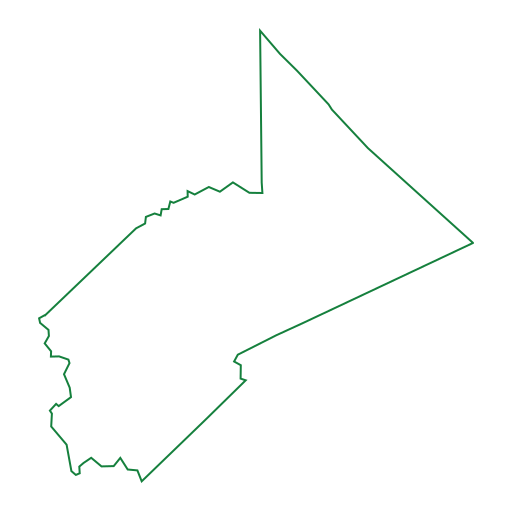 Stanislaus, California, United States of America
{"feature_id": "52423323B60811948646652", "entity_name": "Stanislaus", "entity_type": "district", "adm_level": 2, "iso_a3": "USA", "parent_name": "United States of America", "parent_adm1": "California", "projection": "robinson", "projection_center": [-121.179, 37.606], "detail": "fine", "context": "isolated", "style": "outline", "palette": "green", "viewbox_px": 512, "rotation_deg": 0, "n_neighbors": 0, "source": "geoboundaries", "source_scale": "gbopen_adm2", "svg_char_len": 925}
<svg xmlns="http://www.w3.org/2000/svg" viewBox="0 0 512 512"><path d="M367.9,148.1L331.9,109.6L328.6,104.4L297.0,70.7L280.0,53.9L260.1,30.7L261.7,182.6L262.4,193.0L249.4,192.8L232.9,182.4L219.9,191.7L208.8,187.0L194.7,194.5L187.6,191.1L187.7,196.7L173.6,202.8L170.3,201.5L168.4,209.0L161.7,209.2L160.6,215.4L154.6,213.5L145.9,216.9L145.1,223.5L136.1,228.3L124.9,239.0L45.0,315.4L44.7,315.2L39.1,318.3L40.1,322.9L48.5,329.9L48.9,336.0L44.7,343.4L51.1,351.3L50.9,356.6L59.1,356.4L68.4,359.6L69.5,363.1L64.0,374.2L69.7,387.7L71.0,397.1L58.7,406.1L56.1,403.9L49.9,410.6L51.9,413.6L51.2,426.5L66.6,444.7L71.4,471.1L75.8,474.9L79.7,473.3L79.3,466.6L83.5,463.0L91.2,457.8L101.5,466.4L113.7,466.1L120.3,457.9L127.7,469.5L137.4,470.4L141.7,481.3L205.2,420.0L245.7,380.3L240.6,378.6L240.8,365.2L234.1,361.5L237.8,354.7L276.2,335.3L304.1,322.5L472.9,243.0L472.9,242.8L367.9,148.1Z" fill="none" stroke="#15803d" stroke-width="2"/></svg>